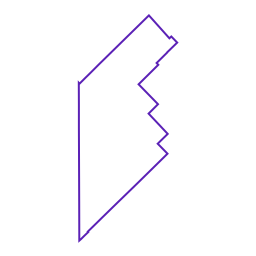 Puán, Buenos Aires, Argentina
{"feature_id": "61730980B69414745646580", "entity_name": "Puán", "entity_type": "district", "adm_level": 2, "iso_a3": "ARG", "parent_name": "Argentina", "parent_adm1": "Buenos Aires", "projection": "orthographic", "projection_center": [-63.086, -38.101], "detail": "fine", "context": "isolated", "style": "outline", "palette": "violet", "viewbox_px": 256, "rotation_deg": 0, "n_neighbors": 0, "source": "geoboundaries", "source_scale": "gbopen_adm2", "svg_char_len": 593}
<svg xmlns="http://www.w3.org/2000/svg" viewBox="0 0 256 256"><path d="M158.0,104.2L138.6,84.3L158.3,64.8L156.6,63.0L167.2,52.5L167.2,52.3L177.2,42.6L171.3,36.5L169.4,38.3L148.9,15.4L98.9,64.4L90.1,73.2L85.0,78.2L84.5,78.7L83.4,79.8L79.5,83.7L78.8,82.9L78.9,105.3L78.9,117.5L78.9,127.8L79.0,151.5L79.0,152.1L79.1,178.4L79.2,206.1L79.3,240.6L80.2,239.8L81.0,239.1L83.8,236.3L86.2,234.0L88.2,232.1L87.8,231.6L94.8,224.8L101.6,218.1L109.9,210.0L117.7,202.4L137.8,182.9L167.5,153.7L164.5,150.6L157.7,143.7L167.7,133.9L148.6,113.6L158.0,104.2Z" fill="none" stroke="#5b21b6" stroke-width="2"/></svg>